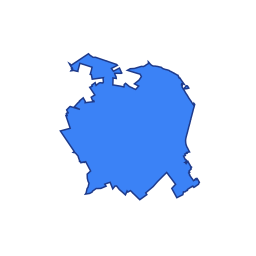 the district of Kanasín, Yucatán, Mexico, rotated 145°
{"feature_id": "50627088B17603753996885", "entity_name": "Kanasín", "entity_type": "district", "adm_level": 2, "iso_a3": "MEX", "parent_name": "Mexico", "parent_adm1": "Yucatán", "projection": "robinson", "projection_center": [-89.548, 20.915], "detail": "fine", "context": "isolated", "style": "filled", "palette": "blue", "viewbox_px": 256, "rotation_deg": 145, "n_neighbors": 0, "source": "geoboundaries", "source_scale": "gbopen_adm2", "svg_char_len": 5495}
<svg xmlns="http://www.w3.org/2000/svg" viewBox="0 0 256 256"><g transform="rotate(145 128 128)"><path d="M128.0,42.9L121.9,42.0L121.4,41.9L121.2,42.0L120.2,43.0L119.2,43.9L118.5,43.3L118.1,43.0L117.5,43.1L117.2,43.1L116.1,43.0L115.2,42.8L115.1,43.3L114.6,43.4L113.6,43.6L112.2,43.5L111.0,43.5L110.1,43.4L109.9,43.4L109.3,43.4L109.3,43.2L108.2,43.2L108.1,41.6L107.0,41.5L102.5,41.5L102.2,41.8L101.9,42.0L101.6,42.1L101.4,42.3L101.2,42.3L100.8,42.4L100.7,42.5L100.5,44.7L100.4,46.7L101.2,46.5L101.1,47.0L101.1,47.6L102.1,47.6L102.8,47.5L102.9,47.3L103.1,47.0L103.5,47.1L104.0,47.3L104.4,47.4L104.6,47.4L104.5,47.8L104.5,49.1L104.6,50.2L104.6,51.5L104.6,52.9L104.6,54.1L104.3,54.1L104.1,55.2L104.1,55.4L104.1,56.4L103.3,56.5L102.8,56.4L102.8,56.5L102.8,57.7L102.0,57.9L100.8,58.0L99.7,58.2L99.6,59.3L98.4,59.5L98.7,60.5L98.5,61.9L98.4,63.1L98.4,63.7L98.3,64.5L98.1,66.1L99.6,65.8L100.3,65.7L100.8,65.5L100.9,67.0L101.0,67.1L100.8,67.1L100.7,67.1L100.4,67.1L99.8,67.3L98.6,67.5L98.8,68.8L98.9,69.2L99.2,69.3L99.1,70.3L99.0,70.5L98.9,71.5L98.6,73.1L97.6,72.8L96.8,72.6L96.5,74.1L95.3,73.8L94.2,73.4L94.1,74.4L93.6,74.2L92.6,73.7L91.3,73.1L91.2,74.2L91.0,75.8L90.7,77.4L90.7,78.0L90.6,78.7L90.5,79.3L90.4,79.6L90.1,80.6L90.0,81.0L89.7,81.8L89.1,83.0L88.8,83.5L87.9,84.9L87.0,85.9L86.5,86.4L85.4,87.4L84.2,88.4L83.9,88.7L83.3,89.2L83.1,89.3L82.4,89.9L81.1,91.0L79.9,92.1L78.6,93.1L78.5,93.3L78.1,93.6L77.8,93.9L77.3,94.3L76.6,94.8L75.9,95.5L75.3,95.9L73.5,97.5L73.2,97.7L72.3,98.6L71.4,99.2L71.0,99.7L69.4,101.0L67.4,102.7L64.8,104.9L64.7,105.0L63.8,105.8L61.9,107.3L59.8,109.1L59.9,110.4L61.1,109.3L61.1,110.5L61.1,112.1L61.0,113.3L61.0,114.0L61.0,114.7L61.0,115.7L61.0,116.0L61.0,117.3L60.9,118.6L60.8,119.7L60.7,121.0L60.7,121.3L60.7,122.3L60.7,122.6L60.7,123.4L60.6,124.0L60.6,124.3L60.6,124.6L60.5,125.1L60.5,125.9L60.4,126.1L60.4,126.6L60.4,128.0L59.9,127.8L59.1,127.6L58.5,127.2L58.0,126.9L57.3,126.5L56.7,126.3L56.3,126.1L55.9,126.0L55.7,125.9L55.3,125.8L55.2,128.3L55.3,128.4L55.7,129.0L56.1,129.0L56.7,128.9L58.2,128.5L59.4,128.3L60.3,128.2L60.2,130.7L59.0,131.8L59.5,132.5L59.2,132.9L58.5,133.5L57.6,132.5L57.1,131.9L56.9,131.6L56.9,132.5L56.9,133.0L56.9,133.5L56.9,134.8L56.9,137.3L56.8,139.1L57.4,139.3L57.1,140.6L57.3,140.7L56.8,142.5L57.1,142.9L57.3,143.2L57.5,143.6L57.7,144.1L57.9,144.5L58.3,145.3L58.4,145.5L58.7,146.1L58.9,146.4L58.8,146.5L59.0,146.8L59.6,148.0L60.2,149.1L60.5,149.8L61.1,150.6L61.3,151.5L62.1,152.6L63.0,153.7L63.7,154.4L64.0,154.8L64.6,155.6L65.4,156.7L65.8,158.1L65.9,158.6L67.4,160.2L68.3,161.3L69.7,162.6L70.3,163.2L71.7,164.2L72.4,165.2L72.9,166.5L73.1,167.6L73.2,168.5L73.3,169.9L73.4,170.5L74.2,169.1L75.9,169.2L77.1,169.3L78.2,169.2L80.1,169.5L81.7,170.8L88.6,173.1L92.2,175.3L93.8,175.4L95.4,175.6L92.0,171.2L87.2,165.1L87.6,162.4L91.5,160.9L97.4,160.5L95.2,156.2L99.6,155.2L101.0,157.3L101.4,158.3L102.2,159.6L103.1,161.2L104.1,165.0L104.4,166.0L106.1,165.8L107.8,164.0L110.5,166.9L115.7,172.0L112.0,176.9L111.6,177.6L109.2,175.3L108.4,176.9L108.1,178.9L107.9,179.7L107.6,180.5L102.1,176.6L101.5,176.6L101.5,177.4L100.6,182.0L107.4,182.9L107.4,185.1L107.4,186.3L100.7,185.4L100.9,186.6L114.0,204.5L115.9,205.8L116.4,206.5L116.7,207.8L117.2,208.6L117.6,210.4L117.8,211.5L138.5,212.0L138.8,213.8L139.1,214.5L139.6,209.9L139.2,209.7L139.2,209.0L140.0,209.1L139.8,208.0L140.7,207.9L140.8,207.9L141.8,207.7L142.0,207.6L141.2,207.2L139.8,206.5L139.5,206.3L137.5,204.0L136.6,203.1L136.3,203.6L130.3,208.6L129.4,207.5L128.9,206.8L128.7,206.5L127.9,205.5L127.4,204.9L126.9,204.2L123.9,200.2L122.6,198.4L123.7,197.4L125.0,196.2L126.5,195.0L128.2,193.6L127.4,192.8L129.3,188.5L124.4,186.0L119.4,183.4L119.6,183.3L120.3,182.4L121.7,179.9L122.0,179.6L122.7,179.4L122.7,179.5L124.1,180.3L124.2,180.7L125.1,181.2L125.8,181.4L126.1,181.4L127.0,181.4L128.1,181.3L128.8,181.3L129.7,181.2L128.9,184.0L132.6,183.9L133.1,183.9L133.3,182.8L134.0,182.8L136.0,183.3L136.2,174.1L140.5,174.3L141.4,170.4L140.4,170.1L140.7,169.1L148.6,173.3L147.8,174.2L147.4,178.4L148.4,178.3L151.1,178.1L152.4,177.9L152.4,177.6L152.9,177.5L154.8,177.3L159.9,176.1L160.0,176.1L156.7,170.8L161.2,176.5L161.8,177.2L163.0,178.8L163.3,178.8L163.7,178.8L163.9,178.7L164.1,178.7L164.5,178.6L164.9,178.6L165.1,178.5L165.4,178.5L165.7,178.4L166.1,178.3L166.5,178.3L166.9,178.2L167.5,178.1L167.9,178.0L168.2,175.9L168.5,175.6L168.2,175.1L168.6,174.7L169.1,175.3L170.2,175.2L170.5,173.7L170.7,173.1L171.7,173.9L175.5,160.9L185.1,164.4L185.5,139.6L186.9,139.5L185.4,137.8L185.0,133.8L185.2,133.0L185.4,132.6L186.4,129.1L186.5,128.9L186.8,128.7L186.9,128.3L186.2,127.9L186.5,126.5L184.8,126.0L184.8,125.8L183.5,125.5L183.6,124.9L182.0,124.7L182.6,119.5L182.9,117.3L183.1,115.5L183.3,114.2L187.9,113.6L190.2,110.1L191.3,107.2L191.6,105.2L194.6,102.5L195.4,102.2L196.3,101.8L197.3,100.9L199.6,98.8L200.8,98.3L196.9,96.4L194.2,96.1L193.4,96.6L188.8,96.7L188.0,96.1L184.9,94.1L179.3,92.9L179.3,95.3L177.5,94.9L173.8,93.8L174.6,90.3L175.4,86.9L172.0,87.9L170.6,87.0L170.6,86.9L170.4,82.6L169.7,79.9L169.3,78.3L168.5,74.7L167.3,75.4L164.9,76.9L164.9,75.6L162.4,75.3L162.1,75.3L161.9,75.3L161.5,73.4L161.5,72.9L161.4,72.5L161.3,72.2L161.4,71.9L161.3,71.7L161.2,71.4L161.0,70.3L160.8,69.3L160.6,68.4L160.3,66.6L160.2,66.2L160.1,65.8L160.0,65.0L159.7,63.7L159.5,62.5L150.8,62.6L150.7,64.7L141.0,65.6L135.7,66.9L134.4,67.2L128.3,68.3L121.8,69.4L121.8,68.1L121.7,67.4L121.7,66.1L121.6,62.9L121.5,60.9L121.5,60.6L121.4,56.3L121.3,54.6L126.8,53.4L128.0,42.9Z" fill="#3b82f6" stroke="#1e3a8a" stroke-width="1.5"/></g></svg>